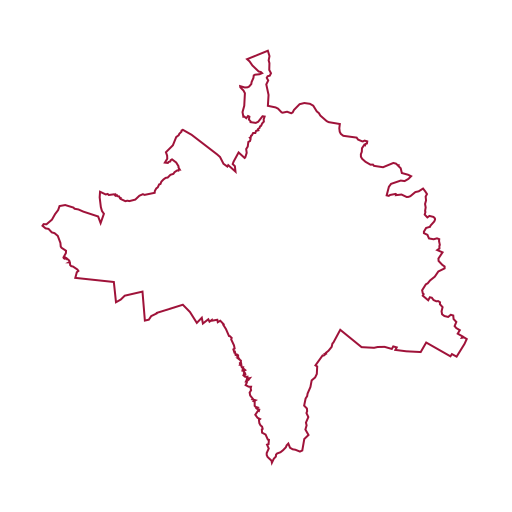 outline of Palmar de Bravo, Puebla, Mexico, rotated 183°
{"feature_id": "50627088B49956020835761", "entity_name": "Palmar de Bravo", "entity_type": "district", "adm_level": 2, "iso_a3": "MEX", "parent_name": "Mexico", "parent_adm1": "Puebla", "projection": "robinson", "projection_center": [-97.52, 18.838], "detail": "fine", "context": "isolated", "style": "outline", "palette": "rose", "viewbox_px": 512, "rotation_deg": 183, "n_neighbors": 0, "source": "geoboundaries", "source_scale": "gbopen_adm2", "svg_char_len": 6045}
<svg xmlns="http://www.w3.org/2000/svg" viewBox="0 0 512 512"><g transform="rotate(183 256 256)"><path d="M229.3,50.4L227.6,54.5L225.7,56.7L225.6,58.7L224.6,59.9L221.3,61.3L218.8,63.5L216.2,66.5L215.5,68.5L213.9,70.4L212.0,66.3L209.3,64.9L206.6,64.6L201.9,63.0L199.6,64.2L198.2,75.8L194.2,80.0L197.6,85.3L196.6,89.5L197.4,92.2L195.3,97.9L197.4,101.8L196.8,103.7L197.2,106.4L200.1,109.1L199.0,116.3L197.6,118.7L197.3,121.3L194.8,128.0L193.9,134.7L190.6,137.8L189.1,141.4L189.1,148.9L190.9,149.9L184.3,160.2L183.2,160.1L181.7,161.4L182.1,161.8L180.9,162.2L181.2,162.9L178.7,165.1L175.7,169.2L175.1,172.6L174.2,173.6L168.0,186.7L145.8,170.5L133.3,170.5L129.7,171.5L122.8,172.0L115.5,170.3L114.2,172.9L110.7,172.1L111.9,169.5L100.9,168.7L86.5,168.7L81.5,178.5L56.6,166.0L55.2,168.3L50.4,166.0L43.2,179.1L41.2,184.1L44.7,186.0L45.1,185.3L46.2,185.1L45.5,186.5L50.5,189.0L48.6,192.6L52.2,194.5L54.0,196.4L52.5,200.6L55.4,203.4L55.9,206.9L58.4,207.5L60.9,205.2L64.7,205.9L67.1,207.5L67.8,210.5L67.0,214.7L69.8,217.5L69.8,219.4L71.7,220.5L73.5,220.2L76.4,221.3L78.2,223.5L80.2,223.9L81.7,220.8L87.4,225.1L86.6,226.7L87.5,227.5L88.3,230.5L84.9,236.6L83.1,237.7L80.9,240.7L76.4,244.7L73.1,250.1L67.0,253.5L67.1,255.4L69.5,256.9L73.4,260.6L73.7,263.0L69.9,269.4L75.3,271.4L73.2,273.1L73.4,275.6L73.0,276.7L74.0,280.5L73.9,282.4L76.2,283.1L79.5,282.0L84.2,282.6L85.9,286.1L89.5,287.6L89.6,289.1L87.6,292.9L83.7,294.3L83.4,295.4L79.8,299.8L79.1,301.8L79.3,302.9L80.8,304.3L84.9,305.1L86.9,303.5L89.7,306.2L89.1,308.8L89.5,309.8L89.1,313.4L89.9,316.8L89.1,320.4L89.7,324.2L88.5,326.8L90.3,329.3L92.7,332.1L96.9,329.1L100.2,328.2L105.0,323.8L106.9,323.0L108.6,322.8L113.9,325.0L119.3,324.1L119.1,324.8L119.8,325.3L125.2,324.0L126.6,323.0L128.7,323.4L126.9,332.1L124.9,335.1L115.4,338.9L111.5,338.6L107.8,341.0L105.3,343.8L108.4,345.1L114.7,346.5L116.1,351.2L118.5,353.3L118.3,354.1L119.4,354.2L121.1,355.6L123.7,356.1L133.8,351.3L142.9,352.2L144.0,353.4L146.5,353.2L151.6,355.8L155.1,358.6L156.4,360.6L156.6,363.1L155.8,365.6L155.8,369.2L153.7,372.7L152.9,372.3L152.5,373.7L151.1,374.2L150.9,376.3L153.6,376.9L155.3,376.0L156.4,376.2L160.2,377.6L161.7,379.5L175.1,380.6L177.7,382.4L178.9,384.5L179.5,387.9L179.2,392.2L190.5,393.5L192.5,394.4L199.1,399.6L200.7,402.0L202.9,403.6L206.7,409.1L210.1,410.8L215.7,411.3L220.4,409.9L225.7,403.9L226.9,401.3L228.3,400.4L232.5,401.7L236.9,400.5L238.0,400.8L241.7,404.3L244.2,405.4L252.0,406.6L251.9,417.5L254.7,427.9L253.0,431.9L254.6,434.5L253.8,436.1L251.7,436.8L250.6,439.3L252.5,442.5L252.7,449.3L253.6,452.0L253.0,456.3L254.9,461.6L275.2,452.1L272.6,450.0L269.6,446.1L263.0,440.4L260.8,440.0L259.5,438.9L262.0,437.7L266.5,437.0L267.7,436.2L267.9,433.7L269.5,429.5L269.7,427.5L271.8,424.8L273.3,424.0L276.0,423.7L280.7,424.8L280.5,423.7L277.1,420.5L275.6,418.0L275.6,405.4L277.0,399.0L275.9,394.4L275.1,394.7L272.9,393.1L271.3,395.4L269.9,394.8L270.2,391.9L268.4,390.1L268.4,389.4L263.2,388.9L260.8,390.2L256.8,395.9L254.7,395.7L255.5,392.8L255.2,390.6L256.8,388.7L257.7,386.3L258.7,385.7L259.2,384.0L260.6,382.9L260.9,382.2L260.4,381.6L262.5,380.9L263.1,378.8L265.3,378.7L266.5,376.2L267.2,375.9L267.5,374.1L268.3,373.8L267.5,372.6L268.0,370.5L269.6,369.5L270.0,364.8L271.4,362.3L270.7,358.5L271.9,353.9L272.5,353.3L278.8,358.5L283.3,349.1L284.1,346.6L281.8,344.6L280.9,339.2L288.5,345.3L289.3,343.8L293.3,346.4L297.1,353.0L300.1,355.4L326.7,373.7L335.7,378.2L336.9,377.4L336.9,376.3L339.0,374.0L339.5,372.6L341.9,370.6L344.8,362.2L351.4,354.9L350.0,351.6L349.7,348.5L351.9,344.5L348.9,344.3L348.3,345.3L346.6,345.9L346.2,347.2L344.9,348.1L340.6,345.2L338.1,341.6L338.0,340.3L336.7,338.3L337.5,338.3L337.9,337.2L339.1,337.4L341.7,335.5L342.8,333.7L345.7,332.6L348.3,329.7L350.3,329.3L352.4,327.6L354.4,325.3L355.2,322.9L356.5,322.4L357.7,319.4L359.1,318.3L360.4,315.7L360.5,313.8L370.5,311.2L372.2,311.8L375.6,310.1L379.5,306.0L385.3,304.2L387.4,304.5L389.3,303.9L394.2,305.9L394.2,306.8L395.0,306.8L395.8,308.3L397.6,308.5L398.1,309.4L399.1,308.9L399.5,309.9L400.0,309.3L400.9,310.2L406.2,309.2L407.4,310.2L409.3,309.6L415.1,312.0L415.2,306.4L413.5,296.7L412.2,292.9L410.1,290.2L412.9,280.7L415.7,287.2L430.8,291.3L435.8,293.2L439.7,293.7L440.8,294.8L449.2,296.9L454.8,295.6L456.0,291.5L458.8,287.4L461.7,281.6L466.9,276.7L469.8,276.7L470.8,275.0L467.6,272.6L464.6,272.2L461.2,268.9L458.4,268.3L455.0,265.7L452.0,258.8L451.5,255.2L450.6,254.0L446.0,251.3L446.0,249.0L448.2,244.5L447.8,243.7L447.2,243.4L446.6,244.6L445.4,243.2L445.0,243.8L442.2,241.6L442.0,240.1L442.5,239.8L441.5,239.8L441.1,237.2L440.0,236.2L438.2,235.9L433.7,233.2L432.6,231.8L434.1,230.4L435.3,224.7L396.6,222.6L393.4,202.5L388.8,205.4L385.0,209.5L367.5,214.5L363.6,185.7L359.7,186.8L357.5,190.5L352.1,193.5L352.1,194.0L326.5,203.5L319.0,196.6L311.6,186.1L306.9,191.5L305.5,185.8L300.3,190.3L299.0,188.0L296.7,189.9L296.5,189.1L291.3,190.3L290.7,187.9L288.3,189.5L284.7,186.1L285.1,185.6L282.2,181.5L278.8,174.7L277.9,174.6L276.0,172.9L276.4,171.4L273.3,165.6L272.5,162.5L273.7,161.6L272.6,158.7L272.0,159.1L271.2,156.2L270.0,156.7L268.7,155.9L268.6,155.3L269.4,154.9L267.9,153.0L268.7,152.9L265.6,150.7L265.6,149.0L266.5,148.2L266.2,147.4L265.2,147.9L265.1,147.5L266.2,146.4L264.8,146.0L264.7,144.3L265.2,144.1L263.0,144.2L263.4,141.7L262.2,142.5L260.8,141.5L262.5,140.4L263.2,140.9L261.1,138.7L261.8,138.2L261.5,137.7L260.8,138.0L260.4,137.3L261.2,136.2L263.0,136.7L260.5,134.8L258.3,135.0L258.5,133.8L258.0,134.1L257.3,133.3L255.8,133.7L256.9,132.1L257.3,132.7L258.9,131.5L259.5,130.1L258.5,130.1L258.5,129.2L259.6,126.5L256.5,125.1L254.1,125.2L254.4,123.6L253.9,121.7L255.2,119.3L254.5,116.4L251.5,113.0L251.9,112.6L248.9,111.9L250.5,110.8L249.7,110.5L249.5,106.3L248.5,105.3L246.5,104.8L247.6,103.9L247.3,103.6L244.7,102.8L245.0,101.4L245.8,101.7L248.4,97.4L246.0,94.5L243.5,93.4L244.5,92.5L243.9,89.2L242.6,87.1L241.0,85.9L240.3,83.7L241.1,83.1L240.7,79.9L237.1,78.2L234.6,73.3L233.5,73.1L233.6,68.8L235.1,68.2L233.2,64.4L235.0,59.8L234.9,57.8L233.9,55.9L229.8,52.4L229.3,50.4Z" fill="none" stroke="#9f1239" stroke-width="2"/></g></svg>